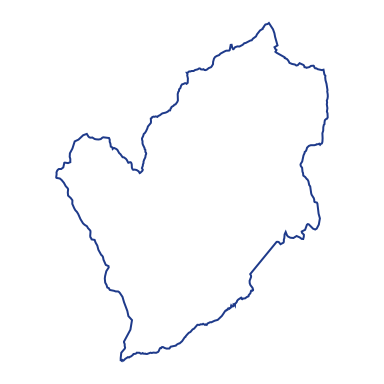 the district of Chupaca, Junín, Peru
{"feature_id": "86281439B55611133848114", "entity_name": "Chupaca", "entity_type": "district", "adm_level": 2, "iso_a3": "PER", "parent_name": "Peru", "parent_adm1": "Junín", "projection": "equal_earth", "projection_center": [-75.432, -12.21], "detail": "fine", "context": "isolated", "style": "outline", "palette": "blue", "viewbox_px": 384, "rotation_deg": 0, "n_neighbors": 0, "source": "geoboundaries", "source_scale": "gbopen_adm2", "svg_char_len": 5954}
<svg xmlns="http://www.w3.org/2000/svg" viewBox="0 0 384 384"><path d="M125.3,358.8L128.0,357.1L129.0,357.5L129.9,356.8L130.7,356.6L132.7,355.1L133.5,354.0L135.3,353.8L136.4,353.3L136.8,352.7L139.6,352.8L140.6,353.6L142.0,353.6L142.6,353.1L144.0,353.8L145.2,353.6L145.7,353.9L147.0,354.0L150.5,352.7L151.8,353.0L153.3,352.6L156.1,352.8L158.0,352.0L158.6,351.3L159.9,348.4L160.5,347.9L161.2,348.1L162.1,347.0L163.4,347.2L164.4,347.9L166.6,348.6L169.4,348.5L170.7,346.7L175.9,345.6L176.5,344.8L178.5,343.6L179.6,343.4L182.1,341.2L184.8,337.2L185.4,337.0L185.9,336.0L187.3,334.4L188.8,332.8L190.4,332.0L192.6,329.4L194.0,328.7L197.4,324.8L199.6,324.9L200.5,324.3L202.4,324.3L203.1,323.8L205.0,324.9L205.6,324.4L206.7,324.9L207.5,323.5L210.2,322.2L211.3,322.3L214.7,320.7L217.7,319.9L221.9,315.9L225.1,311.1L225.7,310.5L226.3,310.5L226.7,309.8L227.5,309.8L228.0,308.6L229.1,308.8L229.3,308.1L229.9,308.3L230.7,307.7L231.4,306.8L231.0,306.1L231.2,305.5L232.0,306.6L233.1,306.3L233.4,304.9L234.0,305.6L234.3,305.5L234.4,304.4L234.7,304.5L235.0,305.1L235.1,303.6L235.8,303.2L236.8,301.9L237.2,300.7L238.2,299.6L241.2,297.6L241.5,297.8L241.7,298.9L242.2,299.2L243.1,298.6L245.2,298.3L246.7,297.1L248.5,296.3L248.7,295.2L250.4,293.2L251.1,290.7L251.5,290.5L252.2,290.8L253.0,290.3L253.1,289.7L252.5,287.8L250.4,285.1L249.7,283.2L249.6,280.8L251.1,276.9L251.0,275.6L250.2,274.1L276.6,241.9L277.9,241.8L278.9,242.2L280.5,244.2L283.4,242.7L283.8,241.9L283.9,239.3L284.3,238.3L284.6,234.4L285.7,232.0L287.0,235.3L288.0,236.5L290.3,237.7L293.4,238.0L296.6,236.0L299.7,237.4L301.7,238.9L303.2,239.0L303.8,236.7L303.9,234.7L301.9,232.7L301.7,231.5L305.1,229.8L306.9,224.8L307.7,224.1L308.7,224.3L313.1,228.7L315.2,229.5L316.7,228.6L318.8,224.6L319.9,218.4L318.6,213.7L317.4,203.6L316.9,202.6L314.6,202.0L314.3,201.4L314.2,199.7L313.8,198.2L311.6,194.7L311.2,193.4L310.2,186.4L309.2,185.0L308.4,181.2L307.4,179.4L306.8,179.1L305.2,177.0L303.3,175.6L303.0,172.9L302.5,171.8L302.1,167.8L300.8,166.0L300.5,164.7L300.8,163.7L302.2,161.5L303.5,155.4L304.6,153.0L304.7,152.0L305.8,151.1L306.3,150.2L307.1,147.6L308.9,145.9L310.8,145.2L314.4,145.2L316.2,144.7L316.5,144.3L318.3,144.2L319.2,143.7L320.1,144.8L321.0,143.8L321.9,143.4L322.4,141.9L322.6,138.4L322.4,133.2L323.2,130.7L323.3,127.2L323.8,124.9L324.5,124.1L324.5,122.6L324.8,120.5L325.2,119.8L326.7,118.6L327.1,118.6L327.7,117.4L327.5,113.3L326.9,111.6L327.4,108.2L326.8,104.3L327.1,102.4L326.8,100.6L327.5,98.7L327.8,96.5L327.7,94.2L327.2,91.3L327.5,90.2L326.5,83.8L325.5,80.2L325.2,77.4L325.4,75.8L324.4,74.5L323.5,69.7L321.9,70.1L317.7,69.2L316.3,68.3L315.2,68.3L314.5,67.6L313.9,66.0L313.5,65.7L311.0,65.9L309.3,67.1L306.4,67.8L305.8,67.3L304.5,67.2L304.1,65.8L303.5,65.0L299.6,63.2L297.7,65.2L296.3,65.5L294.9,64.5L292.2,64.0L289.5,62.9L288.3,60.6L286.9,59.0L285.9,58.6L285.2,57.9L284.7,58.0L284.5,57.2L276.5,52.7L275.4,51.8L276.5,50.0L275.3,48.9L274.5,47.2L277.5,45.4L275.1,36.9L274.4,33.2L273.0,29.3L268.9,23.0L267.7,24.0L265.4,24.5L263.7,26.8L263.7,27.2L262.6,28.4L262.7,28.9L260.1,30.4L257.0,34.3L256.0,36.4L252.9,38.7L251.7,40.3L250.4,40.5L245.6,43.0L244.3,43.2L242.7,44.8L239.5,46.5L237.4,46.4L235.1,47.2L233.5,49.2L233.1,49.2L232.2,47.5L231.6,44.8L230.7,44.9L229.7,50.1L229.1,50.6L226.2,50.7L224.6,51.4L220.5,53.6L219.1,55.1L216.7,56.0L215.1,57.0L214.0,58.6L213.1,61.9L213.0,64.2L211.7,66.4L211.0,67.2L208.7,68.1L207.0,69.5L205.7,70.1L204.5,70.0L203.5,69.2L202.8,69.5L201.0,69.4L200.0,68.5L199.2,68.4L197.6,69.4L195.1,70.0L193.6,71.0L191.6,71.0L190.2,71.5L189.2,71.4L187.4,72.8L186.8,72.8L187.5,74.1L187.2,75.3L187.9,78.4L187.7,82.8L186.6,83.8L185.8,83.2L184.6,83.3L183.4,84.0L182.1,84.3L181.1,85.7L180.3,88.2L179.1,89.3L179.0,90.9L178.3,91.8L177.7,94.1L177.9,100.5L177.2,102.1L175.5,104.4L174.4,104.7L173.5,105.8L171.6,106.9L171.1,108.1L170.7,108.3L170.1,110.4L168.8,110.5L167.8,111.6L165.7,112.6L162.3,113.4L159.6,115.4L158.3,115.9L157.4,116.9L155.8,116.4L154.4,116.8L153.6,116.6L152.2,117.1L151.7,118.0L150.8,118.5L151.0,121.8L150.8,123.0L147.9,126.5L147.3,128.5L146.0,131.3L144.9,133.0L143.8,133.9L143.1,136.2L142.0,138.4L142.1,139.9L142.5,141.1L142.5,143.2L142.8,144.5L144.5,148.0L144.7,149.2L145.3,149.8L145.4,152.0L146.0,152.8L146.2,153.8L145.6,155.3L145.3,157.4L144.1,159.8L143.5,161.7L143.5,163.1L142.9,164.5L142.8,165.9L141.9,168.1L142.8,169.8L142.3,170.9L140.3,172.8L139.7,173.1L138.6,171.3L136.6,170.0L134.6,169.6L133.2,169.8L132.7,169.5L131.9,167.8L131.7,164.2L131.1,162.6L130.4,162.2L129.4,162.3L128.7,162.8L128.2,162.7L126.9,160.1L125.9,158.8L123.8,157.3L122.6,157.2L120.4,154.1L119.2,153.1L117.4,149.9L116.3,149.0L114.2,148.0L113.6,148.1L112.7,148.9L112.4,147.5L110.8,146.6L110.4,143.6L109.7,141.8L109.7,139.7L109.0,138.0L103.2,137.3L102.2,137.8L100.7,139.1L98.6,139.5L96.1,139.3L94.7,139.0L92.3,137.5L90.9,137.7L89.4,137.4L88.4,136.5L86.8,133.9L83.2,135.2L78.5,139.6L74.7,141.4L72.4,148.6L69.9,153.3L69.7,156.9L70.3,158.9L70.3,162.2L68.0,163.1L64.8,162.6L64.3,162.8L63.3,167.4L61.2,169.0L58.9,169.0L57.8,169.8L57.0,171.0L56.5,172.4L56.6,174.2L56.2,177.3L56.5,177.9L59.8,178.5L61.6,180.0L63.9,182.8L65.7,186.1L67.7,188.3L68.1,189.2L67.8,192.6L68.1,195.6L70.8,198.1L72.4,200.3L72.3,203.9L74.2,208.2L75.3,210.2L76.9,211.9L78.2,214.0L80.5,219.2L83.0,223.3L84.5,224.7L87.0,226.3L87.9,228.0L90.3,230.6L90.5,231.9L90.2,236.0L90.5,237.5L91.1,238.1L91.6,239.4L94.6,239.9L95.6,242.6L97.3,245.6L98.4,249.8L101.2,254.9L102.2,255.7L103.0,257.1L103.5,259.7L105.6,264.5L105.8,264.9L108.5,266.1L108.7,267.4L108.5,267.8L106.3,271.2L105.1,276.1L104.8,278.5L105.2,282.6L106.5,284.9L107.3,287.5L108.9,288.2L109.5,289.5L110.0,290.0L114.0,290.8L115.6,291.4L118.2,291.5L119.1,292.1L119.9,293.0L122.5,296.9L124.0,302.1L127.3,310.9L128.4,316.1L132.0,320.1L130.4,329.7L124.0,341.6L124.0,342.3L124.7,344.1L124.7,346.0L125.1,347.6L124.8,348.6L121.3,352.7L121.2,353.4L120.7,358.1L120.7,360.0L121.7,359.9L121.6,360.8L121.9,361.0L122.4,360.1L123.5,360.6L125.3,358.8Z" fill="none" stroke="#1e3a8a" stroke-width="2"/></svg>